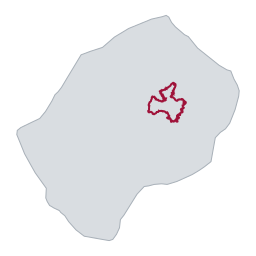 location of Bokong, Thaba-Tseka, Lesotho
{"feature_id": "5366337B35229058377929", "entity_name": "Bokong", "entity_type": "district", "adm_level": 2, "iso_a3": "LSO", "parent_name": "Lesotho", "parent_adm1": "Thaba-Tseka", "projection": "orthographic", "projection_center": [28.644, -29.377], "detail": "fine", "context": "in_parent", "style": "outline", "palette": "rose", "viewbox_px": 256, "rotation_deg": 0, "n_neighbors": 0, "source": "geoboundaries", "source_scale": "gbopen_adm2", "svg_char_len": 6241}
<svg xmlns="http://www.w3.org/2000/svg" viewBox="0 0 256 256"><path d="M176.8,181.5L168.3,184.1L167.1,184.4L161.6,183.8L154.3,184.4L148.6,185.9L144.2,186.5L137.0,194.2L123.9,215.2L120.4,219.6L119.5,227.8L116.5,234.3L112.8,239.4L109.2,240.6L98.2,238.7L84.2,236.2L76.0,229.9L68.7,221.7L64.8,215.7L60.8,212.5L59.4,210.6L53.7,207.9L51.5,206.5L49.6,205.5L47.2,201.5L45.8,198.0L46.3,188.3L42.2,182.6L35.2,172.8L30.7,164.8L24.6,153.8L20.8,144.4L16.8,134.6L17.3,130.4L20.9,127.5L31.5,122.4L39.7,118.5L45.5,111.5L51.9,101.0L55.0,94.7L58.1,91.8L61.5,87.4L67.4,77.5L74.0,66.6L81.1,54.8L90.2,51.4L102.5,47.4L114.4,37.1L128.6,28.5L151.5,19.1L162.2,16.7L166.2,15.4L168.8,17.1L171.6,22.5L175.4,26.9L184.5,34.7L188.3,36.6L197.6,48.1L207.6,56.1L219.0,65.2L226.8,69.8L230.8,71.0L234.0,79.1L237.3,85.1L239.2,90.8L238.7,96.2L235.1,109.6L229.7,123.2L225.5,128.8L220.3,132.4L215.3,137.7L213.3,148.7L211.0,161.6L204.4,166.8L199.3,170.3L192.3,174.5L176.8,181.5Z" fill="#d9dde1" stroke="#a8b0b8" stroke-width="1"/><path d="M173.9,121.5L173.9,121.3L174.1,121.0L175.0,120.4L175.4,120.3L175.5,120.1L175.8,120.3L175.9,120.9L176.1,121.3L176.7,121.6L177.1,121.7L177.5,121.5L177.5,121.1L176.6,119.3L176.5,118.8L176.5,118.3L176.8,118.1L177.2,118.1L178.0,118.6L178.4,118.6L178.6,118.5L178.7,118.3L179.0,117.5L178.8,117.2L178.5,117.0L177.6,117.4L177.3,117.4L177.0,116.4L177.0,115.8L177.3,115.5L178.1,115.4L178.4,115.2L178.1,114.7L178.3,114.6L178.7,114.5L179.5,114.8L179.8,115.0L180.1,115.0L180.2,114.8L180.2,114.4L179.6,114.1L179.4,113.8L179.8,113.4L180.8,112.9L181.2,112.3L181.3,112.0L181.4,111.7L181.8,111.7L181.9,111.8L182.0,112.1L182.2,112.3L182.5,112.1L182.5,111.9L182.3,111.6L182.4,111.1L182.5,111.0L182.4,110.7L182.1,110.4L181.3,110.3L181.0,109.8L180.9,109.6L181.2,108.9L181.6,108.6L182.6,108.9L182.9,108.7L183.8,107.8L183.8,107.7L183.6,107.5L183.3,107.6L183.2,107.5L183.1,107.1L182.8,106.6L182.6,105.4L183.7,105.0L183.9,104.9L184.0,104.7L183.9,104.1L183.5,103.5L183.6,103.3L184.0,103.3L184.7,103.7L184.8,103.9L185.0,103.9L185.4,103.5L185.7,103.0L185.8,102.4L185.7,102.1L185.4,101.8L185.0,101.7L184.3,101.9L183.9,102.3L183.6,102.3L183.5,101.9L183.7,101.7L184.2,101.2L184.2,100.8L183.5,100.3L183.2,99.8L182.9,99.7L182.6,99.2L182.3,99.1L182.1,99.3L181.9,99.2L181.8,99.4L181.6,99.3L181.5,99.5L181.0,99.3L180.2,99.5L179.6,99.3L179.3,99.4L179.1,99.6L178.3,99.5L178.0,99.7L177.7,100.4L177.2,100.8L176.9,100.8L176.6,100.5L176.1,100.5L175.4,100.0L175.1,99.5L174.9,99.4L174.6,98.7L174.1,98.3L173.2,97.4L171.5,97.3L171.1,97.1L170.8,96.8L170.7,96.5L170.8,96.4L171.0,96.2L171.1,95.9L171.3,95.8L171.4,95.7L171.8,95.6L171.8,95.3L172.0,95.4L172.1,95.2L172.3,94.9L172.7,94.6L172.7,94.4L172.9,94.4L172.6,94.1L172.9,93.9L172.7,93.8L172.9,93.7L172.8,93.4L172.9,93.2L173.1,93.1L172.9,93.0L173.1,92.9L172.9,92.7L173.2,92.4L172.9,92.3L173.1,92.2L173.0,91.7L173.3,91.8L173.3,91.6L173.4,91.4L173.3,91.1L173.3,90.9L173.5,90.8L173.5,90.4L173.4,90.3L173.6,90.1L173.8,89.9L173.7,89.6L174.0,89.4L173.9,89.1L174.2,88.3L174.5,87.9L174.9,87.7L175.0,87.3L175.0,87.1L175.2,86.6L175.4,86.3L175.4,85.5L175.6,85.1L175.4,84.1L175.1,83.9L175.0,84.0L174.9,84.1L174.8,84.4L174.6,84.8L174.3,84.9L174.1,84.9L173.8,84.6L173.8,83.0L173.3,82.8L173.1,82.8L171.1,84.3L170.8,84.8L170.6,85.5L170.2,85.9L169.8,86.1L169.6,86.4L169.2,86.5L168.8,86.9L168.7,86.9L168.5,87.1L168.3,87.1L167.9,87.7L167.6,87.7L167.4,87.8L167.0,87.8L166.9,88.0L166.6,88.0L166.6,88.4L166.3,88.2L166.3,88.6L166.1,88.5L166.0,88.8L165.7,88.7L165.5,88.9L165.3,88.8L165.2,89.1L164.9,89.1L165.1,89.2L165.1,89.5L164.9,89.5L164.8,89.8L164.5,89.8L164.0,89.8L163.3,90.0L163.0,90.0L162.7,90.4L162.4,90.5L162.1,90.3L161.7,90.4L161.6,90.6L161.3,90.4L161.1,90.6L160.6,90.8L160.3,91.0L160.7,91.2L160.1,91.8L160.3,92.2L160.6,92.1L160.8,91.8L160.8,92.3L160.9,92.6L160.4,92.8L160.3,93.0L160.7,93.9L160.5,94.2L161.3,93.3L161.5,93.4L161.5,93.6L161.4,93.9L161.6,94.4L161.7,94.6L161.4,94.8L161.5,95.0L161.8,95.0L162.3,94.7L162.6,94.7L162.5,95.2L162.7,95.4L162.8,95.8L163.2,95.7L163.3,95.9L162.9,96.1L162.4,96.2L162.3,96.4L162.9,96.7L163.2,96.5L163.4,96.5L163.5,97.0L163.3,97.5L163.5,97.5L163.7,97.1L163.9,97.2L164.0,97.5L163.6,97.8L163.5,98.1L163.5,98.3L163.8,98.4L164.0,98.3L164.1,98.7L164.5,98.7L164.6,99.2L164.8,99.3L165.0,99.1L164.9,98.8L164.9,98.7L165.3,98.4L166.0,98.4L165.9,98.8L165.4,99.0L165.2,99.6L164.9,100.0L165.2,100.2L165.0,100.3L164.7,100.1L164.6,100.4L164.6,100.6L164.3,100.6L163.8,100.2L163.2,100.3L162.8,100.5L162.8,101.4L162.5,101.5L162.1,101.4L161.3,101.5L160.8,101.0L160.4,100.8L159.0,100.8L158.7,100.4L158.3,100.3L158.3,99.9L158.0,99.7L157.4,99.8L156.5,99.7L156.1,99.4L155.9,99.4L156.0,99.0L156.1,98.8L156.1,98.6L155.8,98.3L155.0,98.2L154.9,97.5L154.5,96.8L154.3,96.7L153.5,97.1L153.2,97.1L152.8,97.0L152.7,96.9L152.7,96.6L152.4,96.5L151.9,97.2L152.0,97.3L151.9,97.4L151.9,97.5L151.9,97.9L151.7,99.0L151.2,99.9L150.9,101.2L150.3,101.8L149.9,102.0L149.5,102.4L149.4,102.9L149.3,103.1L149.3,103.5L148.9,104.0L148.9,104.5L148.6,105.0L148.7,105.3L149.0,105.6L149.1,105.9L149.3,106.0L149.0,106.7L149.1,107.0L149.1,107.7L149.0,108.5L149.1,109.9L148.9,110.2L148.2,110.9L148.2,111.1L148.6,111.3L148.7,111.5L148.6,112.1L148.9,112.3L149.2,112.3L149.4,112.1L149.9,112.2L150.5,111.9L150.8,111.8L151.0,111.8L152.4,112.7L152.6,113.7L152.8,113.9L153.1,114.0L153.2,113.8L153.3,113.9L154.2,114.2L154.7,113.9L155.0,113.6L156.0,113.2L156.7,112.0L156.9,112.0L157.1,112.0L157.4,111.9L158.1,112.0L158.3,111.9L158.8,110.9L158.9,111.0L159.0,110.9L159.5,111.0L160.8,110.9L161.1,111.0L161.3,110.9L161.8,110.9L162.2,111.1L162.4,111.0L163.3,111.2L163.3,111.3L163.7,111.2L163.8,111.3L164.1,111.3L164.4,111.5L164.6,111.5L165.1,111.7L165.2,111.8L165.3,111.9L165.6,112.2L165.8,112.2L166.0,112.3L166.1,112.5L166.2,112.4L166.3,112.4L166.5,112.6L166.8,112.5L166.8,112.8L167.0,113.0L167.2,112.9L167.4,113.1L167.6,112.9L167.9,113.3L167.9,113.6L168.1,114.1L168.4,114.5L168.4,114.9L168.6,115.4L169.0,115.6L169.3,116.0L168.9,116.5L168.6,116.9L167.2,117.6L167.1,117.8L167.6,118.3L168.8,118.7L169.0,118.5L169.6,118.0L169.8,118.0L170.6,119.0L170.5,119.6L170.6,120.0L171.0,121.0L171.0,121.5L171.2,121.8L171.4,121.7L171.5,121.5L171.2,120.6L171.3,120.5L171.5,120.4L171.6,120.5L172.4,120.8L172.6,121.2L173.0,121.5L173.4,121.6L173.9,121.5Z" fill="none" stroke="#9f1239" stroke-width="2"/></svg>